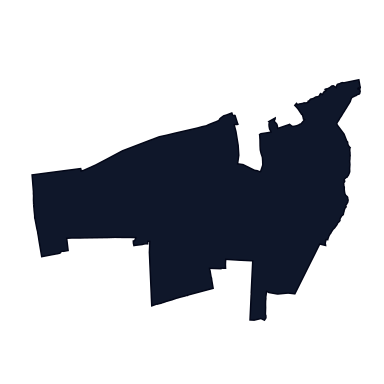 Marasesti, Vrancea, Romania, rotated 274°
{"feature_id": "2599482B85987825667227", "entity_name": "Marasesti", "entity_type": "district", "adm_level": 2, "iso_a3": "ROU", "parent_name": "Romania", "parent_adm1": "Vrancea", "projection": "orthographic", "projection_center": [27.242, 45.901], "detail": "fine", "context": "isolated", "style": "filled", "palette": "ink", "viewbox_px": 384, "rotation_deg": 274, "n_neighbors": 0, "source": "geoboundaries", "source_scale": "gbopen_adm2", "svg_char_len": 5993}
<svg xmlns="http://www.w3.org/2000/svg" viewBox="0 0 384 384"><g transform="rotate(274 192 192)"><path d="M154.3,330.7L157.9,331.7L159.5,332.5L161.0,333.5L161.8,333.7L162.9,334.4L163.3,334.5L163.5,334.7L163.8,334.9L164.6,335.3L166.2,336.8L167.0,337.3L167.5,337.4L167.8,337.8L168.1,338.0L168.5,338.2L169.2,338.7L169.9,338.9L170.2,339.2L171.3,339.5L171.9,340.0L172.3,340.5L172.8,340.9L173.0,341.0L173.5,341.4L174.0,341.6L174.5,341.6L174.9,341.4L175.3,341.4L177.0,342.1L177.6,342.5L178.2,342.7L178.9,343.2L179.3,343.8L180.1,344.5L181.3,344.6L181.6,344.6L182.3,344.7L182.6,344.9L183.0,345.0L184.0,345.0L185.3,345.4L186.0,345.5L186.6,345.8L187.5,346.5L188.0,346.8L188.9,346.3L189.6,346.4L190.8,347.2L191.3,347.4L191.8,347.5L192.2,347.9L193.0,348.1L194.8,348.3L195.9,348.0L196.6,347.7L197.3,347.7L197.9,347.4L198.0,347.3L198.7,346.5L199.3,345.6L201.0,344.6L203.0,344.1L205.2,343.7L207.4,343.6L209.3,342.9L210.1,342.9L210.6,342.7L211.3,342.7L212.1,342.9L212.7,343.4L213.4,343.6L213.6,343.6L213.9,343.1L214.1,342.9L215.1,343.0L215.4,343.1L215.8,343.4L217.0,344.5L217.3,344.9L217.8,345.8L218.3,345.9L219.3,346.6L219.9,346.9L222.3,347.7L223.4,347.9L224.5,347.8L226.3,347.6L230.4,347.6L233.8,347.1L236.0,347.2L237.6,347.1L239.6,347.2L240.5,347.0L242.7,346.8L243.8,346.5L246.0,346.4L246.5,346.4L247.2,346.7L247.3,346.5L247.7,346.2L247.9,345.8L248.3,345.6L248.5,345.3L250.0,344.4L250.5,344.1L252.5,343.8L252.8,343.7L253.0,343.5L253.4,342.9L260.4,339.6L268.5,332.6L269.5,331.9L270.1,331.7L270.6,331.7L271.7,332.1L273.9,333.4L275.9,334.3L278.6,335.9L279.1,336.1L281.3,337.2L283.4,338.4L284.5,338.9L287.2,340.4L288.3,340.9L290.1,341.9L292.4,343.1L293.2,343.5L295.6,344.1L297.0,344.6L297.7,345.3L298.0,345.8L298.4,346.7L298.7,347.1L299.1,347.5L299.4,348.5L299.6,348.9L300.3,349.6L300.9,350.7L301.4,351.9L301.5,352.1L302.0,352.4L303.1,352.5L303.6,352.7L304.3,352.7L304.9,352.4L305.5,352.5L305.8,352.2L306.1,351.1L306.2,350.4L306.4,350.2L306.6,350.1L307.4,350.6L307.5,350.7L307.5,350.9L307.1,351.1L306.9,351.2L306.9,351.4L306.8,352.0L307.1,352.3L307.7,352.6L308.5,352.5L309.1,352.2L315.6,350.6L311.7,336.7L311.5,336.0L311.6,334.4L311.4,333.8L311.2,333.2L310.9,332.6L310.4,332.0L310.0,330.6L309.5,329.5L308.2,328.9L306.2,328.5L306.4,328.1L307.8,325.7L307.8,325.4L307.5,324.1L307.2,323.7L305.9,322.4L304.4,319.9L304.2,318.6L303.7,317.7L303.2,318.4L302.7,318.7L302.4,318.4L301.8,318.2L301.7,318.0L301.8,317.5L301.6,317.0L300.7,316.6L300.1,316.1L298.2,315.3L298.2,315.2L298.5,314.5L299.2,313.6L298.6,313.0L298.3,312.8L298.0,313.0L296.6,312.1L296.1,311.4L295.7,310.4L295.6,309.6L295.5,309.1L295.2,308.5L293.8,306.6L292.8,303.7L291.2,302.6L290.6,301.5L289.6,301.9L289.3,300.9L288.4,298.8L288.8,298.6L288.7,297.7L288.6,297.2L288.2,296.6L287.9,295.4L287.7,294.8L287.3,292.9L286.5,291.4L286.7,291.1L287.7,290.1L285.6,288.5L283.8,290.5L281.9,292.3L279.5,294.1L278.3,295.1L277.1,295.9L277.3,296.5L277.2,296.6L274.4,297.6L272.5,298.1L272.1,299.3L270.2,298.0L269.4,297.3L268.8,296.9L267.6,296.1L267.2,295.0L266.4,293.9L265.6,292.3L265.3,291.5L264.8,289.8L264.6,289.0L264.5,287.6L264.6,287.3L264.8,286.8L266.3,284.6L266.1,284.3L261.4,273.1L264.2,272.4L265.5,271.9L266.8,270.7L267.3,270.0L267.8,269.5L268.1,269.4L269.6,269.2L269.9,269.2L270.3,269.7L270.6,269.8L271.6,269.8L267.6,263.7L267.3,264.1L267.1,264.2L266.8,264.3L265.0,264.1L263.1,264.3L260.3,265.0L258.5,266.2L257.4,266.7L257.2,266.4L256.4,263.3L255.0,256.9L254.8,256.4L254.0,255.4L252.7,255.7L248.8,256.2L242.8,256.7L238.7,257.2L235.4,258.2L231.8,259.7L231.0,259.9L227.3,260.4L225.9,260.5L224.7,260.7L223.3,260.6L217.6,259.1L217.2,258.9L217.1,258.7L217.0,258.4L217.1,257.8L217.8,255.5L218.0,252.9L222.9,241.0L223.3,235.5L231.9,236.1L241.7,234.8L255.4,231.6L261.9,229.4L262.5,230.9L262.5,231.3L262.4,232.2L262.7,232.8L262.9,233.1L263.2,232.8L271.3,229.6L271.4,229.3L271.4,229.0L271.2,228.2L271.1,227.8L271.2,227.5L271.7,227.0L272.5,226.7L273.6,226.2L271.2,221.0L270.5,219.1L270.2,218.3L268.0,215.7L267.0,214.7L266.8,214.6L266.0,214.3L265.1,213.6L263.6,210.8L263.0,209.4L260.3,203.8L259.2,202.0L258.9,201.3L258.5,199.8L257.9,197.7L256.2,192.9L249.4,170.6L246.9,162.8L244.8,155.5L240.9,147.0L228.2,119.7L218.3,103.9L212.2,94.0L206.6,83.5L205.9,82.2L205.2,79.9L206.9,79.6L207.6,79.3L197.9,31.3L181.2,33.8L179.2,33.9L177.4,34.2L173.2,34.4L169.7,34.8L169.1,34.8L169.0,35.2L168.9,35.2L167.2,35.3L167.2,35.1L166.3,35.2L166.3,35.3L162.6,35.8L157.5,36.7L155.2,36.9L153.8,37.4L144.3,39.9L141.3,40.9L140.7,40.9L137.2,41.8L132.7,42.8L117.0,46.6L119.8,57.1L120.4,59.6L120.7,60.4L120.9,61.7L121.1,62.2L121.6,64.0L121.9,64.4L122.1,64.9L122.2,65.0L122.9,65.1L123.3,65.6L123.8,66.3L123.9,68.1L125.0,72.5L137.1,70.2L137.7,75.0L138.3,83.4L138.7,87.4L140.7,111.4L141.4,118.2L142.0,128.9L142.7,139.1L142.3,139.2L142.1,139.2L141.0,138.7L140.0,138.5L139.9,138.3L139.2,137.9L139.1,136.9L138.4,136.9L136.4,137.2L135.9,137.4L134.5,137.8L135.0,139.9L136.1,145.8L136.2,146.2L136.7,147.5L137.1,149.3L137.2,151.4L139.7,151.3L139.8,153.4L128.8,153.7L127.1,153.9L88.0,158.4L84.1,158.8L75.6,159.8L75.7,160.1L76.7,162.3L77.6,164.2L77.7,164.6L77.7,165.3L78.3,166.9L78.7,168.3L78.9,169.0L79.3,169.6L79.7,170.8L80.7,173.2L81.1,173.9L81.2,174.4L82.5,177.9L83.1,179.7L83.3,180.0L84.6,183.1L84.8,183.4L85.4,185.3L86.1,187.1L87.8,192.3L88.8,194.8L88.9,195.0L88.7,195.1L89.1,195.5L89.3,196.2L97.4,219.8L105.2,217.9L106.7,217.6L107.4,217.5L107.5,217.4L108.8,216.9L114.7,215.5L115.5,215.2L115.9,215.0L117.1,214.8L117.5,226.2L118.0,226.2L118.3,230.8L121.9,230.4L125.3,230.3L127.2,230.4L127.3,243.9L127.6,257.4L95.3,258.1L94.7,258.3L94.0,258.3L93.4,258.2L68.4,258.8L68.5,263.0L70.6,269.6L69.2,273.2L71.3,274.4L72.1,274.5L73.8,274.3L74.9,273.8L75.8,273.7L81.7,273.5L84.8,273.2L88.3,273.0L90.8,273.1L92.4,272.9L93.4,273.0L98.1,273.3L98.0,274.1L97.8,274.5L97.3,275.1L97.1,275.7L96.2,284.3L96.3,285.2L97.8,294.2L97.9,295.3L97.6,301.7L128.0,314.3L138.5,318.7L149.0,323.0L148.0,329.0L148.6,328.9L149.5,328.6L150.5,328.5L153.9,329.0L153.9,330.7L154.3,330.7Z" fill="#0f172a" stroke="#020617" stroke-width="1.5"/></g></svg>